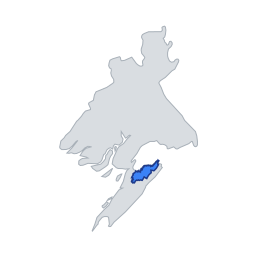 Khagrachhari, Chittagong, Bangladesh shown in context, rotated 49°
{"feature_id": "16705992B35326431749719", "entity_name": "Khagrachhari", "entity_type": "district", "adm_level": 2, "iso_a3": "BGD", "parent_name": "Bangladesh", "parent_adm1": "Chittagong", "projection": "natural_earth1", "projection_center": [91.852, 23.211], "detail": "fine", "context": "in_parent", "style": "filled", "palette": "blue", "viewbox_px": 256, "rotation_deg": 49, "n_neighbors": 0, "source": "geoboundaries", "source_scale": "gbopen_adm2", "svg_char_len": 7258}
<svg xmlns="http://www.w3.org/2000/svg" viewBox="0 0 256 256"><g transform="rotate(49 128 128)"><path d="M92.7,180.0L92.6,174.0L89.2,162.3L89.3,161.1L88.6,155.4L87.7,152.3L87.3,149.0L89.5,144.2L88.6,143.4L83.9,142.0L83.3,140.7L84.4,136.0L81.0,131.6L79.7,128.3L83.4,117.5L84.3,110.1L84.1,108.6L81.9,106.9L77.9,106.3L75.2,104.9L73.6,102.8L72.2,101.9L70.5,102.5L68.3,101.7L66.5,99.6L65.0,97.1L65.7,94.3L68.6,87.7L69.6,87.5L72.1,88.8L73.0,88.8L74.7,86.2L77.0,78.7L84.9,79.4L86.8,79.1L88.8,78.5L89.9,77.6L90.5,76.4L90.3,75.4L87.9,74.0L86.9,72.9L86.3,70.0L85.6,68.9L80.8,68.7L78.3,67.3L77.0,66.1L74.6,62.1L71.6,59.1L68.7,58.4L67.6,57.4L67.0,55.8L67.4,53.6L68.9,49.3L76.8,40.1L77.0,39.1L76.7,37.9L74.4,36.4L74.3,35.7L75.0,33.7L76.3,33.5L79.0,35.2L81.7,38.1L83.4,40.6L83.4,42.6L85.5,43.0L87.3,43.9L89.2,43.7L90.4,44.2L91.2,44.0L91.5,42.8L90.0,39.9L90.7,38.7L92.6,38.8L93.9,39.8L94.8,42.1L94.9,45.6L97.1,48.7L99.8,51.0L102.0,52.0L104.7,52.7L106.9,52.0L108.1,49.8L107.6,47.9L107.9,46.1L108.8,45.1L110.2,45.2L111.3,46.6L114.3,54.1L113.7,57.4L114.3,66.6L113.5,72.6L114.0,74.9L114.5,75.3L119.2,76.4L125.9,78.8L131.0,79.7L154.3,79.1L159.4,80.3L174.9,79.4L179.1,81.3L183.7,84.4L186.3,86.7L186.8,88.1L186.5,89.2L185.6,89.8L184.1,89.8L180.4,88.3L179.8,88.8L179.7,92.4L176.8,101.5L176.3,104.3L175.3,105.4L172.2,105.9L170.2,111.2L169.4,111.9L167.3,110.7L166.1,110.9L164.5,111.4L162.9,112.6L161.9,114.1L160.6,114.6L156.3,114.6L155.4,117.0L152.6,120.2L150.6,128.7L150.7,131.3L153.1,138.1L154.8,146.9L155.5,147.8L156.3,147.9L156.3,143.8L157.1,143.3L158.1,143.8L160.2,149.2L161.3,150.6L163.2,151.0L165.2,150.2L166.8,148.6L167.4,146.8L166.8,140.9L167.8,138.5L171.4,134.9L171.9,133.8L171.6,127.9L173.0,127.7L174.8,128.1L177.0,126.7L177.7,126.7L178.7,128.2L180.3,128.0L182.7,139.7L182.9,148.0L183.5,152.6L184.3,153.7L187.0,160.6L189.6,184.9L189.9,200.4L191.0,205.7L190.1,206.8L189.2,207.1L188.4,205.2L182.7,201.3L181.3,201.7L179.3,204.0L178.5,206.1L178.9,209.1L179.5,212.0L180.9,213.7L181.0,215.5L182.5,222.5L182.1,222.5L178.9,216.2L175.1,210.0L173.9,198.8L173.8,193.3L171.2,186.8L168.8,175.5L169.8,171.5L168.0,173.3L165.2,166.5L160.7,159.9L159.4,156.9L159.3,154.1L157.4,156.9L154.8,159.0L152.1,162.0L150.3,162.9L144.7,163.5L141.4,159.4L136.8,149.5L136.2,147.2L136.8,141.4L135.7,135.8L135.4,131.0L134.5,131.4L134.2,132.7L134.4,134.8L134.0,136.5L126.2,135.4L129.5,138.3L133.1,139.0L135.0,141.6L135.1,145.9L131.6,148.5L131.9,150.7L133.9,153.4L131.4,154.2L130.7,155.9L130.7,158.4L132.4,162.2L132.1,163.8L135.1,168.8L135.6,171.2L134.9,174.6L128.4,181.4L126.6,186.3L125.0,188.6L123.0,189.0L120.6,186.7L120.6,184.3L121.1,182.4L124.4,177.9L122.6,178.5L117.4,182.3L116.4,179.2L115.8,176.4L115.8,172.9L118.3,167.8L115.5,170.3L114.7,173.6L115.0,177.3L114.6,180.0L113.5,183.5L112.0,185.6L109.5,187.0L108.4,189.1L106.8,190.6L106.3,183.5L104.5,174.0L104.1,176.0L105.0,182.0L105.0,185.8L103.6,188.8L100.9,192.1L98.8,192.6L97.6,192.1L93.8,187.2L93.5,182.5L92.7,180.0ZM140.0,180.1L135.3,181.2L132.8,180.9L137.4,172.3L137.2,168.5L136.5,165.3L134.2,162.8L134.1,161.0L133.1,158.6L132.6,155.7L135.1,154.8L137.2,156.4L137.9,159.7L139.0,162.1L142.5,167.2L142.5,170.2L141.5,177.8L140.0,180.1ZM150.3,177.3L147.4,179.6L148.3,166.0L150.5,171.1L151.0,173.7L150.3,177.3ZM161.4,170.5L160.2,171.5L159.0,170.6L157.4,167.5L158.2,163.4L158.7,162.8L160.5,167.0L161.4,170.5ZM172.2,199.1L170.5,199.2L169.7,198.3L170.1,196.9L169.7,192.5L171.8,192.1L172.5,195.8L172.2,199.1ZM170.4,186.8L169.1,191.2L168.6,189.2L169.5,185.4L170.4,186.8ZM136.4,151.5L136.9,152.9L134.2,151.1L133.5,149.8L134.7,149.2L136.4,151.5Z" fill="#d9dde1" stroke="#a8b0b8" stroke-width="1"/><path d="M171.6,160.5L171.8,160.5L172.1,160.4L172.6,160.4L172.7,159.5L173.3,159.5L173.5,159.4L173.6,159.2L173.5,158.7L172.9,157.3L172.9,157.0L172.9,156.4L173.0,155.9L173.0,155.7L173.4,155.6L173.6,155.5L173.7,155.2L173.9,154.5L174.1,154.1L174.7,154.1L175.0,153.8L175.2,153.5L175.3,152.8L175.5,152.5L175.8,152.2L176.7,151.8L176.8,151.7L176.4,150.2L175.5,147.9L175.8,147.8L176.7,147.7L177.4,147.2L177.4,147.4L177.5,147.4L178.2,147.2L178.5,147.0L177.8,145.4L177.6,144.7L177.4,144.2L177.2,143.6L177.1,143.0L177.0,141.6L177.0,139.9L175.6,138.8L174.9,138.4L176.1,137.3L176.9,136.8L177.2,136.5L177.3,136.3L177.0,133.1L176.7,132.1L176.1,130.3L175.6,129.1L175.3,129.2L175.1,129.1L174.8,129.2L174.7,129.1L174.5,128.9L174.4,128.8L174.2,128.8L174.2,128.7L173.9,128.6L173.7,128.4L173.5,128.1L173.4,127.8L173.4,127.7L173.3,127.4L173.2,126.9L173.2,126.7L173.0,126.3L172.7,126.5L172.6,126.3L172.4,126.3L172.3,126.6L172.2,126.6L172.3,126.7L172.2,127.0L172.3,127.3L172.2,127.4L172.3,127.5L172.0,127.6L171.9,127.8L171.9,128.2L171.9,128.3L172.0,128.4L171.9,128.5L172.0,128.8L171.9,128.9L172.0,129.0L172.1,129.3L172.1,129.5L172.1,129.8L172.2,130.1L172.3,130.3L172.3,130.6L172.4,131.0L172.4,131.3L172.3,131.5L172.5,131.9L172.4,132.0L172.4,132.3L172.6,132.8L172.4,132.9L172.4,133.1L172.5,133.4L172.6,133.5L172.8,133.9L172.7,134.0L172.8,134.2L172.7,134.4L172.8,134.5L172.7,134.7L172.4,134.6L172.4,134.8L172.1,135.0L171.8,135.1L171.9,135.3L172.0,135.6L171.9,135.7L172.0,136.1L171.9,136.1L171.7,136.1L171.4,136.0L171.3,135.9L171.2,136.0L170.8,135.9L170.8,136.1L170.7,136.2L170.5,136.3L170.2,136.5L170.1,136.8L169.9,136.8L169.8,137.1L169.6,137.0L169.3,137.1L169.2,137.3L169.2,137.6L169.1,138.2L169.0,138.4L168.9,138.4L168.8,138.8L168.6,138.8L168.6,139.0L168.4,139.1L168.3,139.3L168.2,139.4L167.9,139.5L167.6,139.7L167.5,139.9L167.4,140.0L167.2,140.2L167.1,140.3L167.1,140.5L167.1,140.8L167.1,141.0L167.1,141.3L167.3,141.5L167.5,141.5L167.4,141.7L167.5,141.8L167.4,141.9L167.5,142.0L167.5,141.9L167.5,142.0L167.4,142.4L167.5,142.5L167.6,142.4L167.7,142.5L167.8,142.8L167.9,143.0L167.8,143.3L167.9,143.5L167.9,143.8L168.0,143.8L168.0,144.1L167.9,144.2L168.0,144.2L168.0,144.3L168.3,144.4L168.2,144.5L168.3,144.6L168.2,144.6L168.3,144.7L168.2,144.8L168.4,144.9L168.3,145.0L168.4,145.3L168.5,145.6L168.4,145.6L168.3,145.9L168.5,145.9L168.5,146.0L168.4,146.0L168.5,146.1L168.4,146.2L168.4,146.3L168.5,146.4L168.6,146.6L168.6,146.8L168.6,147.0L168.8,147.1L169.0,147.2L169.1,147.3L168.9,147.3L168.7,147.5L168.8,147.6L168.6,147.7L168.6,147.8L168.5,148.0L168.5,147.9L168.5,148.0L168.4,148.0L168.1,148.2L167.9,148.3L167.9,148.2L168.0,148.1L167.9,148.0L167.7,148.1L167.4,148.0L167.5,148.3L167.5,148.5L167.6,148.8L167.6,149.0L167.6,149.4L167.4,149.4L167.4,149.0L167.2,149.0L167.3,149.2L167.2,149.2L167.0,149.3L166.8,149.6L166.6,149.9L166.6,150.1L166.1,150.3L165.9,150.7L165.7,150.7L165.8,150.8L165.9,151.3L166.0,151.7L166.1,151.8L166.1,152.0L166.2,152.3L166.0,152.8L165.9,153.1L166.0,153.3L165.8,153.8L165.8,154.0L166.1,154.3L166.1,154.5L166.3,154.5L166.5,154.5L166.9,154.8L166.9,155.1L166.9,155.4L167.0,155.6L167.1,155.8L167.2,156.3L167.2,156.5L167.3,156.6L167.4,157.0L167.6,157.3L167.8,157.4L167.8,157.6L167.9,157.9L168.0,157.8L168.0,157.6L168.2,157.3L168.3,157.1L168.6,157.1L169.0,157.2L169.0,157.3L168.9,157.4L168.9,157.6L169.0,157.6L169.1,157.4L169.2,157.5L169.4,157.7L169.5,157.8L169.5,157.7L169.7,157.8L169.6,158.1L169.6,158.3L170.0,158.1L170.1,157.9L170.3,157.9L170.3,158.0L170.5,158.0L170.5,158.3L170.7,158.5L170.5,158.4L170.4,158.4L170.2,159.5L170.4,160.2L170.6,160.2L170.8,160.4L171.1,160.1L171.4,160.1L171.6,160.3L171.6,160.5Z" fill="#3b82f6" stroke="#1e3a8a" stroke-width="1.5"/></g></svg>